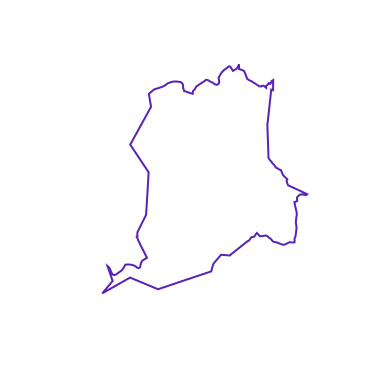 outline of Santana do Matos, Rio Grande do Norte, Brazil, rotated 141°
{"feature_id": "56859067B30783601838270", "entity_name": "Santana do Matos", "entity_type": "district", "adm_level": 2, "iso_a3": "BRA", "parent_name": "Brazil", "parent_adm1": "Rio Grande do Norte", "projection": "robinson", "projection_center": [-36.666, -5.904], "detail": "fine", "context": "isolated", "style": "outline", "palette": "violet", "viewbox_px": 384, "rotation_deg": 141, "n_neighbors": 0, "source": "geoboundaries", "source_scale": "gbopen_adm2", "svg_char_len": 2418}
<svg xmlns="http://www.w3.org/2000/svg" viewBox="0 0 384 384"><g transform="rotate(141 192 192)"><path d="M141.5,91.4L139.6,92.3L136.7,95.1L133.8,97.8L132.1,100.1L131.2,101.9L130.2,103.3L126.7,106.8L124.9,108.3L123.6,110.1L120.3,116.9L118.7,119.7L116.0,118.7L113.9,121.6L112.2,122.0L109.9,122.0L108.5,121.4L105.3,117.8L103.9,117.8L109.6,129.7L113.1,136.7L112.2,139.8L111.4,141.1L109.9,141.9L110.3,144.4L110.6,147.5L110.3,149.5L109.6,151.1L109.2,153.2L110.1,154.6L110.6,156.6L111.4,158.0L111.2,161.5L111.4,163.8L111.2,165.6L111.4,167.3L111.3,169.0L111.0,170.5L99.1,186.2L91.4,196.5L83.7,204.1L66.0,221.7L64.9,220.1L58.5,227.9L60.4,228.1L60.7,226.7L62.0,227.3L63.3,226.8L63.9,228.3L65.5,227.8L67.5,227.8L68.8,226.3L69.4,229.3L70.4,230.4L71.9,230.5L73.2,231.8L73.6,233.3L74.1,234.7L74.9,237.1L75.8,239.7L76.2,241.1L77.2,242.8L77.9,245.2L77.1,247.4L75.4,252.8L76.0,254.8L78.1,258.0L75.0,261.7L77.8,260.3L80.2,259.8L84.0,260.4L83.4,264.3L83.5,265.8L84.6,266.5L86.3,266.4L90.1,266.6L93.8,266.2L99.3,264.2L101.3,260.9L102.3,259.7L103.5,259.3L105.5,259.8L106.6,261.6L107.1,264.1L108.7,267.0L109.2,269.0L110.5,270.4L112.2,270.3L115.7,270.7L118.8,271.0L122.0,271.3L124.6,270.4L125.7,270.0L127.7,269.8L129.7,267.9L130.6,269.3L132.0,271.4L134.5,275.5L133.4,278.4L131.4,281.2L131.2,282.7L131.5,284.3L133.1,286.2L134.3,287.4L136.7,289.4L138.8,290.4L142.4,291.7L145.7,291.8L148.7,292.4L152.7,293.9L157.0,295.6L163.8,295.4L170.2,284.0L181.4,279.4L193.1,274.7L198.6,272.4L207.0,269.0L210.2,267.7L213.3,234.6L218.4,229.0L227.6,218.9L242.0,203.2L259.8,195.0L261.2,193.5L261.9,192.2L263.2,192.1L263.4,190.4L264.3,188.3L264.4,186.8L264.9,185.4L268.4,169.2L272.0,169.7L274.0,169.9L276.0,169.1L279.9,166.1L281.7,166.6L282.4,168.4L282.7,170.0L283.7,172.0L284.7,173.4L286.1,174.8L287.5,176.1L289.6,177.5L291.3,176.7L293.2,176.0L294.5,175.6L296.4,175.3L300.2,175.6L302.5,175.6L304.4,176.2L305.6,177.6L305.4,179.9L304.7,182.3L304.2,183.8L303.9,185.3L304.3,187.5L309.7,172.8L325.5,169.7L294.0,164.5L279.6,137.8L260.4,130.7L227.0,118.2L223.9,120.5L221.4,122.2L219.9,122.9L208.9,124.9L202.5,118.8L201.2,119.0L179.9,118.8L178.3,118.4L176.1,119.0L174.4,119.5L171.7,118.1L169.5,118.9L167.4,119.3L167.1,115.0L165.6,113.8L163.1,112.4L161.8,111.5L161.1,110.1L161.0,108.2L160.3,106.1L160.2,102.6L159.2,100.9L158.1,99.9L155.0,94.4L153.9,93.2L151.1,92.3L147.8,91.6L145.4,89.3L143.9,88.4L141.5,91.4Z" fill="none" stroke="#5b21b6" stroke-width="2"/></g></svg>